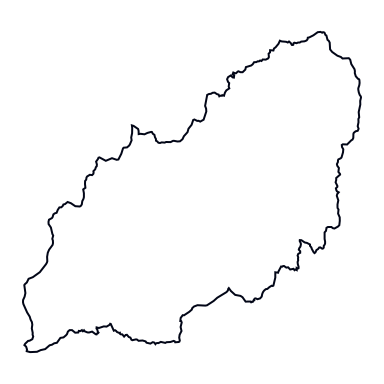 Angostura, Antioquia, Colombia
{"feature_id": "7082276B23180576044549", "entity_name": "Angostura", "entity_type": "district", "adm_level": 2, "iso_a3": "COL", "parent_name": "Colombia", "parent_adm1": "Antioquia", "projection": "natural_earth1", "projection_center": [-75.338, 6.869], "detail": "fine", "context": "isolated", "style": "outline", "palette": "ink", "viewbox_px": 384, "rotation_deg": 0, "n_neighbors": 0, "source": "geoboundaries", "source_scale": "gbopen_adm2", "svg_char_len": 5894}
<svg xmlns="http://www.w3.org/2000/svg" viewBox="0 0 384 384"><path d="M25.2,343.7L24.4,345.1L26.1,346.6L27.0,349.4L26.7,351.2L30.1,352.1L37.0,351.8L40.7,350.1L45.2,349.1L49.6,345.3L52.0,344.7L54.2,343.3L56.9,342.8L60.4,337.9L63.5,337.4L66.0,335.3L67.0,334.1L67.9,331.6L69.6,330.1L72.0,330.1L75.2,332.7L78.3,332.5L78.8,330.9L80.3,331.1L81.9,330.1L82.7,331.3L83.2,331.2L84.0,330.3L84.7,331.3L87.4,332.4L89.0,332.5L92.1,331.6L95.8,334.3L96.6,334.4L97.1,333.5L97.9,333.3L98.5,332.6L97.8,331.8L97.3,329.6L96.5,328.6L96.6,327.4L98.9,328.0L103.8,326.4L106.6,326.6L109.6,324.8L110.6,323.0L110.5,323.4L113.8,330.7L115.0,330.2L116.1,330.9L117.0,332.0L119.1,332.9L119.8,332.8L119.7,333.3L120.0,333.8L120.7,334.3L122.3,334.4L124.1,336.6L125.6,335.0L126.9,334.8L128.8,337.0L130.4,337.6L131.4,339.7L132.3,340.2L135.9,339.4L136.9,339.5L138.6,340.8L142.6,340.5L145.6,341.4L146.5,342.7L150.4,343.6L152.7,342.2L153.4,342.3L154.3,342.6L155.4,344.1L155.8,343.5L157.1,343.0L158.4,343.1L160.8,341.9L165.3,342.9L166.6,342.2L170.4,342.0L173.7,340.9L174.7,341.3L175.2,342.3L178.7,342.0L179.4,341.6L179.8,340.5L179.2,337.7L179.6,334.8L181.5,331.0L180.6,327.0L181.7,322.5L181.2,321.1L180.3,321.0L180.7,317.9L182.7,315.2L184.0,315.3L189.3,311.8L191.8,309.6L192.2,308.2L194.0,306.5L197.5,305.2L205.3,305.6L207.0,305.3L213.6,301.0L217.3,297.7L226.5,292.1L227.9,290.5L228.3,288.7L228.8,288.1L230.9,291.0L235.2,294.9L240.5,295.9L242.5,297.2L245.6,301.6L250.3,301.5L251.1,302.3L251.9,301.7L252.7,301.9L253.5,300.6L254.1,300.4L253.8,299.9L254.7,298.6L255.7,298.4L257.5,299.2L260.1,298.4L261.7,296.6L262.2,294.1L262.9,292.3L264.0,290.7L265.7,289.2L267.4,288.9L269.4,287.1L271.7,285.7L272.7,286.0L273.4,285.6L275.3,277.6L275.3,272.3L278.1,272.7L278.3,271.8L281.1,266.5L282.2,266.7L283.0,266.1L284.0,266.0L286.3,267.6L288.1,267.3L290.2,269.5L293.5,268.8L294.5,270.2L295.5,269.5L296.7,270.1L296.7,268.0L297.7,268.6L298.5,268.3L298.6,266.9L297.8,264.1L297.6,262.0L298.2,260.2L298.0,259.0L298.2,257.3L297.6,255.5L298.3,253.8L300.2,252.8L300.2,251.2L298.8,249.7L299.2,248.3L300.4,246.6L300.9,244.5L300.8,243.3L299.7,241.0L299.8,240.1L301.4,240.2L304.8,242.5L306.9,242.9L310.0,244.5L310.0,245.8L311.4,247.5L311.7,248.7L313.6,252.2L314.5,253.1L315.4,252.4L316.5,250.0L318.0,249.1L319.2,247.5L320.3,247.4L322.2,248.7L323.0,248.5L323.7,247.7L323.8,245.8L324.7,244.6L325.1,243.4L325.1,241.5L324.6,239.0L324.6,232.4L326.0,230.8L326.5,227.8L327.9,227.0L331.4,227.0L332.9,228.2L334.5,228.5L337.9,226.6L339.3,225.2L339.8,220.8L339.7,217.3L338.1,213.6L338.5,209.5L337.6,208.1L337.5,207.2L337.5,204.4L338.3,200.3L336.8,195.8L337.2,194.1L338.7,192.3L337.0,191.4L336.3,190.1L335.9,188.3L337.3,186.9L337.4,186.0L335.6,182.3L336.2,180.1L336.2,178.0L340.1,174.6L340.0,173.9L338.4,171.9L338.9,168.0L337.3,165.8L336.9,164.1L337.9,162.1L338.0,160.2L338.4,159.4L340.7,158.3L341.5,157.5L343.0,152.4L343.3,149.3L342.0,147.0L341.8,145.0L342.9,144.3L347.1,144.5L351.2,140.4L352.5,139.6L353.3,137.9L353.4,133.9L353.8,132.8L355.6,131.3L357.7,130.8L358.6,128.8L357.7,126.2L358.5,122.3L358.4,119.0L359.2,117.3L358.7,112.1L360.3,104.6L360.2,100.9L361.0,97.6L360.8,96.4L359.7,94.9L358.8,92.4L358.3,89.7L358.3,88.3L359.3,85.2L359.6,82.9L359.4,80.1L359.1,79.3L358.0,78.8L355.8,76.3L354.8,73.1L354.9,71.1L354.5,69.2L351.3,64.1L350.2,59.7L348.8,58.2L342.5,58.5L340.9,57.0L337.4,55.7L332.2,52.0L330.1,49.4L329.7,42.6L328.8,40.9L327.5,39.8L326.4,35.5L325.4,34.9L324.5,32.7L323.8,32.3L322.9,32.2L322.2,32.7L320.5,31.9L317.7,32.2L313.4,35.3L309.3,37.4L307.8,37.7L307.5,39.4L306.5,40.5L304.6,41.3L301.2,41.6L299.8,42.5L298.1,42.5L296.6,43.2L294.3,42.7L293.5,43.3L293.3,44.7L292.9,45.0L291.8,44.9L290.7,43.0L289.0,41.5L287.8,42.5L286.2,41.8L281.6,41.4L279.9,40.7L278.5,43.8L275.6,47.3L274.0,48.5L273.4,50.5L270.1,50.2L270.0,52.4L268.6,53.7L268.9,57.1L268.2,58.4L265.8,59.6L262.7,59.5L261.5,61.0L260.1,60.5L258.9,61.4L257.7,61.3L256.3,62.1L254.1,62.2L252.7,64.3L251.2,65.5L245.9,67.1L245.3,69.6L242.6,72.2L240.5,72.2L238.4,71.3L237.7,71.6L236.1,73.2L235.0,73.2L233.3,72.5L232.6,74.4L234.2,75.2L233.9,77.6L232.7,77.4L230.7,75.5L228.1,77.1L227.1,79.2L228.0,81.8L229.2,83.1L228.7,86.5L229.3,88.4L226.4,90.3L225.0,92.5L224.0,95.7L223.1,95.3L222.5,95.6L222.1,95.2L221.3,95.8L220.3,95.7L219.3,96.3L218.6,94.6L216.9,94.1L214.7,92.6L212.6,92.8L210.9,93.8L209.0,94.0L207.2,94.9L205.1,105.9L206.1,108.6L206.3,111.5L203.6,119.7L200.2,121.6L198.6,120.8L197.2,120.9L194.4,119.5L193.2,120.0L191.6,124.8L188.5,128.7L187.5,132.2L183.9,136.2L182.5,139.2L180.0,141.3L177.5,141.5L173.9,140.8L172.9,140.9L170.6,142.1L166.1,142.0L164.7,142.6L161.7,142.4L160.0,143.0L158.7,142.8L158.1,142.5L157.4,141.5L156.0,140.7L155.9,138.9L155.0,137.3L154.4,134.8L152.8,133.7L151.9,132.0L151.2,131.9L147.5,132.9L144.5,134.3L140.5,133.8L138.7,134.1L138.6,130.9L138.1,129.0L133.6,125.9L131.9,125.4L132.2,127.9L132.1,133.2L131.2,137.5L131.6,140.3L129.8,144.6L128.8,145.9L127.0,147.4L123.7,147.7L123.0,148.4L121.3,153.8L118.4,159.5L116.7,159.8L112.0,158.2L105.8,160.8L99.5,157.4L98.5,157.7L97.9,159.1L96.1,161.6L96.9,164.4L96.7,166.3L95.9,167.1L95.2,169.3L93.4,171.2L93.6,172.8L93.3,173.9L92.1,175.1L89.8,174.8L87.1,176.5L86.5,177.5L86.2,179.6L85.1,181.0L85.0,184.0L85.4,187.8L83.2,189.4L83.9,193.2L83.9,197.1L83.5,198.8L82.3,201.1L81.8,204.4L81.0,205.7L79.8,206.5L75.3,206.2L70.9,203.2L67.6,202.0L65.0,204.1L63.4,204.5L62.7,206.0L61.3,207.3L59.4,207.4L57.8,209.8L56.6,212.8L54.7,213.4L53.4,214.4L52.6,217.1L51.9,218.1L49.0,219.7L48.5,221.8L48.6,224.1L50.9,227.5L52.4,234.0L53.2,235.6L52.3,238.9L52.9,240.6L53.0,243.1L52.6,244.9L49.1,249.7L47.8,252.7L47.1,256.8L47.3,261.3L46.9,262.6L46.0,264.2L39.8,272.2L32.8,277.2L28.6,278.8L26.8,282.5L24.9,284.2L24.3,285.1L25.4,293.1L24.6,296.7L23.1,300.0L23.0,302.2L23.4,304.1L27.1,312.4L29.7,316.6L30.6,319.6L31.9,322.1L32.3,324.7L31.8,328.4L32.7,332.8L32.6,334.7L33.2,336.5L32.3,339.2L29.6,340.7L28.1,340.9L25.2,343.7Z" fill="none" stroke="#020617" stroke-width="2"/></svg>